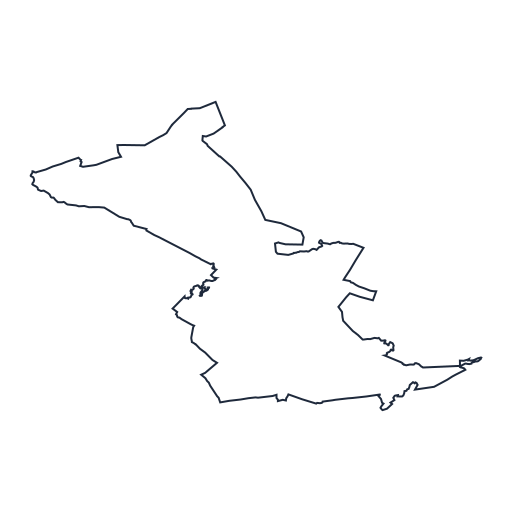 Stoļerovas pag., Rezeknes, Latvia
{"feature_id": "27541924B84772624476590", "entity_name": "Stoļerovas pag.", "entity_type": "district", "adm_level": 2, "iso_a3": "LVA", "parent_name": "Latvia", "parent_adm1": "Rezeknes", "projection": "equal_earth", "projection_center": [27.572, 56.418], "detail": "fine", "context": "isolated", "style": "outline", "palette": "slate", "viewbox_px": 512, "rotation_deg": 0, "n_neighbors": 0, "source": "geoboundaries", "source_scale": "gbopen_adm2", "svg_char_len": 6037}
<svg xmlns="http://www.w3.org/2000/svg" viewBox="0 0 512 512"><path d="M215.6,101.9L199.8,108.2L191.8,108.6L191.4,108.6L191.3,108.8L187.7,109.0L184.0,112.9L172.2,124.6L172.3,124.7L170.9,126.4L166.5,133.1L163.1,135.2L159.4,137.0L144.7,145.3L123.8,145.0L117.4,145.1L118.3,152.2L121.0,156.8L112.1,159.0L96.4,164.8L93.6,165.3L83.0,166.8L80.2,165.9L81.6,162.1L80.6,161.4L81.0,160.1L80.8,160.1L78.5,157.7L65.9,162.0L61.3,163.9L52.7,166.5L45.8,169.5L36.0,172.3L35.9,172.5L34.4,172.2L33.6,171.5L32.5,171.3L32.4,172.7L30.9,175.0L30.7,175.8L31.0,176.2L33.1,177.2L33.7,178.3L34.1,180.0L33.7,181.7L32.6,183.2L32.3,184.2L33.0,184.9L35.9,186.4L37.2,187.3L37.6,187.8L37.9,189.3L38.1,189.7L41.1,191.0L43.7,190.6L48.0,193.1L49.6,194.5L50.9,197.1L51.8,197.6L53.5,197.6L53.8,197.8L55.4,199.9L57.9,202.2L62.1,202.3L63.6,201.9L64.5,202.3L66.6,204.0L67.6,204.5L76.0,205.4L78.9,206.3L84.3,206.0L89.0,207.2L98.6,207.1L104.3,207.6L119.3,216.8L127.2,219.2L128.1,219.2L129.6,219.8L130.4,220.3L130.9,221.0L131.2,222.1L131.8,222.7L133.7,225.7L146.4,229.0L146.2,229.3L146.4,230.5L154.2,235.0L158.6,237.0L189.6,253.0L195.4,256.3L199.5,258.3L201.0,259.4L210.7,264.2L211.1,263.8L212.2,263.8L213.0,263.4L213.4,263.4L213.7,263.7L213.7,264.4L213.3,265.9L213.7,265.9L214.1,267.0L213.5,267.0L213.4,267.2L213.5,267.4L213.2,267.7L213.1,268.0L212.4,268.2L212.5,268.4L216.3,269.6L211.0,275.1L213.6,277.6L216.4,278.0L214.9,278.7L214.7,279.4L215.4,279.6L214.9,280.1L214.0,280.3L212.6,281.0L211.3,281.0L209.1,280.4L207.3,280.7L207.0,280.6L206.7,280.0L206.3,280.0L205.8,280.6L205.5,281.4L203.6,282.2L203.1,283.1L203.5,284.5L203.4,284.9L202.5,285.3L201.6,286.2L201.4,286.7L203.3,287.6L204.7,287.2L204.7,288.3L206.2,289.5L207.6,289.2L207.8,288.4L207.7,287.5L209.1,287.4L209.8,287.7L208.2,287.8L208.0,288.1L208.0,289.5L207.2,290.2L205.9,290.9L204.7,290.7L204.5,291.3L202.7,292.5L202.2,293.2L201.9,295.6L201.2,295.9L200.0,295.9L199.8,295.7L200.5,295.0L200.4,293.0L200.7,292.3L202.3,290.3L202.5,289.8L202.4,289.1L201.8,288.6L200.8,288.5L200.3,288.3L198.8,286.5L199.1,286.2L198.4,285.5L197.3,285.3L196.2,285.9L194.4,286.4L193.8,286.8L193.4,287.7L193.7,288.7L193.2,289.3L192.4,289.8L191.1,289.7L191.0,290.3L190.6,290.6L190.5,291.2L190.8,291.5L191.7,291.7L191.7,292.0L191.0,292.5L190.8,293.1L191.3,293.7L192.2,293.8L192.6,294.2L192.6,294.4L191.5,295.1L190.8,296.8L190.4,297.3L187.8,297.7L187.7,297.9L188.4,298.3L188.2,298.7L187.1,298.1L186.0,298.3L184.9,298.0L184.7,297.8L184.6,296.4L172.6,308.6L177.2,312.0L176.0,314.3L177.0,315.2L177.2,316.6L178.0,317.4L179.4,317.6L181.6,319.2L190.3,324.0L192.5,325.1L194.1,325.7L193.4,326.8L193.1,327.7L191.3,337.4L191.3,338.6L191.9,341.7L191.9,342.1L193.7,343.0L195.7,344.5L195.8,344.4L199.9,348.7L205.2,352.6L212.5,360.0L217.0,362.8L205.1,372.9L201.2,374.7L205.4,378.2L207.2,381.1L208.8,382.6L210.2,385.7L217.2,396.3L218.6,397.7L220.2,402.4L229.3,400.8L240.7,399.5L248.4,398.2L255.5,397.4L258.0,397.7L272.6,396.0L276.5,394.8L276.5,398.0L277.9,399.7L277.9,401.1L282.8,399.8L285.9,400.5L286.2,398.3L287.5,396.4L288.4,394.4L302.2,399.3L316.2,403.6L317.1,402.9L319.9,403.2L321.7,402.9L322.4,402.4L322.6,401.6L332.4,400.3L335.2,399.8L348.2,398.3L352.4,398.0L366.2,396.5L380.6,394.4L378.1,395.6L381.0,399.0L382.1,402.8L383.5,403.6L381.4,406.2L380.5,407.8L381.8,409.5L382.6,410.1L387.0,408.7L392.1,404.0L390.5,402.6L394.4,400.1L393.3,397.8L394.7,395.8L395.6,395.5L397.9,395.1L397.6,396.4L402.0,396.5L403.3,395.5L404.2,393.3L404.5,391.1L406.4,390.8L407.2,389.3L408.6,388.9L409.4,386.9L409.8,385.0L413.0,382.2L414.7,383.3L415.4,382.4L416.5,382.9L417.6,384.9L415.0,389.6L434.1,386.8L447.3,379.7L452.3,376.5L455.8,374.6L465.3,369.8L464.6,368.9L464.0,368.3L461.8,367.6L460.7,367.4L459.9,367.0L459.9,366.8L460.8,365.9L465.2,363.6L466.2,363.6L467.2,363.9L469.5,364.1L471.5,363.6L471.7,362.9L472.4,362.3L473.5,362.2L475.4,361.5L477.2,361.4L478.0,361.2L478.7,360.7L480.8,358.9L480.9,358.3L481.3,357.7L481.0,357.5L478.0,358.2L474.1,360.0L472.6,360.4L470.3,360.6L469.6,360.3L468.5,360.4L469.0,359.0L467.9,359.6L463.6,360.8L459.9,360.6L460.0,365.9L423.0,367.5L422.2,366.9L421.5,366.7L418.9,364.2L416.0,363.1L414.9,363.3L414.4,363.9L414.3,364.3L413.5,364.6L410.1,364.5L406.2,365.3L404.6,364.8L404.1,364.9L403.7,364.6L403.6,364.2L402.8,364.0L402.5,363.7L402.5,363.2L401.3,362.4L384.7,355.5L385.9,355.3L386.5,354.9L387.0,354.1L386.8,353.2L387.1,352.8L389.3,351.9L390.6,350.7L390.7,349.9L391.0,349.6L391.4,349.6L392.8,350.6L393.3,350.5L393.5,350.2L393.2,347.8L393.3,346.9L393.7,345.6L392.7,343.4L392.1,343.0L390.2,342.1L388.7,344.2L388.6,345.2L388.2,345.3L387.2,344.3L385.9,343.4L384.3,343.4L384.2,343.2L384.5,342.5L385.4,341.0L385.5,340.6L385.4,340.4L384.4,340.3L383.5,340.6L381.2,340.7L378.8,337.9L377.8,338.3L374.5,337.9L370.2,339.1L367.5,339.0L364.0,339.5L362.6,339.5L358.0,335.0L352.8,331.0L343.2,320.8L342.5,317.3L342.0,311.9L338.4,306.9L346.2,297.2L349.8,293.3L359.8,296.8L372.9,300.3L376.2,291.3L373.3,291.2L370.3,290.7L364.3,288.3L358.9,286.5L355.9,284.9L353.0,282.9L350.8,282.3L350.1,281.1L343.6,279.8L344.9,277.6L350.1,269.7L355.6,260.4L363.5,247.8L353.2,243.8L351.5,244.0L349.1,243.9L347.6,243.5L343.5,243.6L342.0,243.4L341.1,242.9L339.7,242.9L339.5,242.2L338.9,241.8L338.1,241.9L335.6,242.8L333.3,242.9L331.2,243.5L330.4,244.2L329.7,244.2L327.8,243.6L323.7,243.1L323.1,242.9L322.6,242.6L321.4,240.5L320.6,240.2L319.8,240.8L319.2,241.9L319.0,242.7L319.4,243.0L320.9,243.7L321.6,244.4L322.2,245.9L321.7,246.4L319.0,247.3L316.6,249.9L315.3,249.2L313.2,248.8L312.0,249.2L308.8,251.4L307.9,251.6L306.6,251.2L304.0,251.5L299.9,251.3L298.8,252.0L297.5,252.1L296.0,252.8L295.2,252.7L294.4,253.0L293.7,252.9L293.2,253.5L288.3,254.9L277.5,253.7L275.9,251.8L275.0,243.5L278.5,242.4L279.4,242.9L285.5,244.3L302.4,244.6L303.7,237.3L301.1,231.5L281.0,223.2L265.3,219.9L261.4,211.3L254.9,199.8L250.7,189.7L245.4,182.9L240.1,176.6L236.3,171.7L231.7,166.7L220.7,157.0L219.8,156.3L219.3,156.4L207.7,145.9L207.0,144.2L202.7,140.9L202.4,140.3L202.8,136.0L206.1,136.5L213.6,133.6L222.6,127.3L222.5,127.1L224.9,125.4L215.6,101.9Z" fill="none" stroke="#1e293b" stroke-width="2"/></svg>